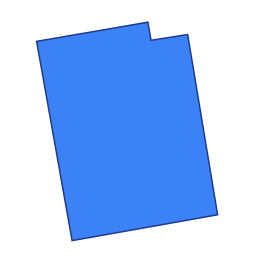 Grant, Nebraska, United States of America (Mercator projection), rotated 80°
{"feature_id": "52423323B82511149902728", "entity_name": "Grant", "entity_type": "district", "adm_level": 2, "iso_a3": "USA", "parent_name": "United States of America", "parent_adm1": "Nebraska", "projection": "mercator", "projection_center": [-101.802, 41.919], "detail": "fine", "context": "isolated", "style": "filled", "palette": "blue", "viewbox_px": 256, "rotation_deg": 80, "n_neighbors": 0, "source": "geoboundaries", "source_scale": "gbopen_adm2", "svg_char_len": 257}
<svg xmlns="http://www.w3.org/2000/svg" viewBox="0 0 256 256"><g transform="rotate(80 128 128)"><path d="M229.2,202.6L229.0,54.8L46.3,53.0L45.6,90.1L27.2,90.0L26.8,203.0L52.8,202.9L229.2,202.6Z" fill="#3b82f6" stroke="#1e3a8a" stroke-width="1.5"/></g></svg>